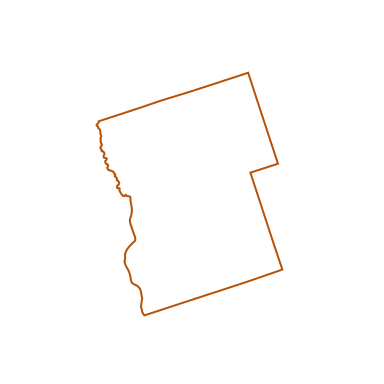 outline of Picún Leufú, Neuquén, Argentina, rotated 116°
{"feature_id": "61730980B82324044769491", "entity_name": "Picún Leufú", "entity_type": "district", "adm_level": 2, "iso_a3": "ARG", "parent_name": "Argentina", "parent_adm1": "Neuquén", "projection": "mercator", "projection_center": [-69.301, -39.408], "detail": "fine", "context": "isolated", "style": "outline", "palette": "amber", "viewbox_px": 384, "rotation_deg": 116, "n_neighbors": 0, "source": "geoboundaries", "source_scale": "gbopen_adm2", "svg_char_len": 4553}
<svg xmlns="http://www.w3.org/2000/svg" viewBox="0 0 384 384"><g transform="rotate(116 192 192)"><path d="M101.9,236.9L123.7,260.2L139.6,276.2L169.1,306.6L169.3,306.8L169.4,306.7L169.7,306.6L170.0,306.5L170.6,306.3L171.4,306.5L172.0,306.8L172.8,307.1L173.4,307.2L173.7,307.0L174.1,306.8L174.2,306.5L174.1,306.1L174.1,305.6L174.3,305.2L174.5,304.9L174.8,304.8L175.1,304.6L175.5,304.4L175.7,303.8L175.8,303.7L175.9,303.4L176.0,303.0L176.1,302.5L176.4,302.1L176.8,301.7L177.3,301.4L177.9,300.8L178.4,300.4L178.5,300.4L178.9,300.2L179.3,300.1L179.7,300.0L180.0,299.8L180.2,299.5L180.6,299.1L180.8,298.7L181.1,298.4L181.2,298.2L181.5,298.0L181.9,298.0L182.5,297.9L182.8,297.9L183.1,297.9L183.3,297.9L183.7,297.8L184.0,297.7L184.4,297.5L184.8,297.1L185.0,296.9L185.2,296.7L185.3,296.7L185.5,296.7L185.8,296.7L186.1,296.7L186.5,296.4L186.7,296.2L187.0,296.0L187.0,295.8L187.2,295.7L187.4,295.6L187.5,295.5L187.9,295.2L188.1,295.1L188.3,294.8L188.3,294.7L188.4,294.3L188.6,294.1L188.8,293.8L189.4,293.9L189.9,293.8L190.2,293.6L190.4,293.5L191.1,293.7L191.6,293.9L191.8,293.9L192.2,293.9L192.4,293.7L192.7,293.4L193.0,293.1L193.2,292.6L193.4,292.1L193.6,291.8L193.6,291.7L193.9,291.5L194.0,291.5L194.1,291.4L194.5,291.4L194.9,290.9L194.8,290.5L194.8,290.1L194.7,289.8L194.6,289.5L194.7,289.0L195.0,288.5L195.2,288.2L195.7,287.7L195.9,287.6L196.1,287.5L196.3,287.4L196.8,287.2L197.6,287.2L198.0,287.2L198.3,287.3L198.8,287.1L199.2,286.9L199.6,286.5L199.7,286.2L199.7,285.6L199.5,285.2L199.3,284.7L199.2,284.3L199.1,283.9L199.2,283.5L199.4,283.3L199.7,283.1L200.1,283.0L200.8,283.1L201.2,283.2L201.6,283.3L202.2,283.5L202.4,283.4L202.5,283.4L203.1,283.1L203.4,282.8L203.7,282.5L203.8,282.4L203.8,282.1L204.0,281.8L204.3,281.3L204.3,281.0L204.4,280.5L204.2,280.4L204.2,280.2L204.2,279.8L204.4,279.5L204.6,279.3L204.7,279.2L205.1,279.0L206.2,278.8L206.9,278.9L207.1,278.9L208.0,278.1L208.3,277.7L208.5,277.5L208.8,277.1L208.8,276.8L208.7,276.2L208.5,275.6L208.6,274.9L208.5,274.1L208.3,273.8L208.2,273.1L208.3,272.4L208.4,271.8L208.5,271.3L208.5,271.0L208.7,270.8L208.9,270.5L209.3,270.2L209.7,269.8L209.8,269.5L209.7,269.1L209.7,268.8L209.9,268.5L210.4,268.4L210.8,268.4L211.2,268.4L211.5,268.4L211.8,268.2L211.9,267.9L212.0,267.5L212.0,267.1L212.0,266.9L212.1,266.5L212.3,266.1L212.5,265.8L212.7,265.4L212.9,265.4L213.0,265.4L213.4,265.2L213.7,265.1L214.2,264.9L214.4,264.6L214.3,264.3L214.3,263.8L214.5,263.1L214.7,262.7L215.0,262.4L215.1,262.2L215.3,262.0L215.7,261.7L216.0,261.3L216.3,261.1L216.8,261.1L217.1,261.2L217.3,261.3L217.5,261.4L217.8,261.3L218.0,261.2L218.4,261.4L218.6,261.7L219.0,262.0L219.3,262.0L219.6,261.9L219.9,261.7L220.4,261.5L221.0,261.2L221.3,260.7L221.1,260.2L220.7,259.6L220.4,259.0L220.4,258.9L220.7,258.6L220.9,258.3L221.6,258.1L222.0,258.0L222.5,257.7L222.9,257.4L223.6,256.4L223.9,255.9L224.0,255.8L224.4,255.0L224.9,254.4L225.1,254.2L225.2,253.6L225.4,253.1L225.5,252.7L225.8,252.1L225.5,251.3L225.2,250.9L224.7,250.7L224.3,250.6L223.9,250.6L223.7,249.8L224.1,249.1L224.2,248.5L223.9,247.8L223.5,247.0L223.4,246.4L223.4,245.6L223.7,245.3L224.0,245.0L225.4,244.1L227.0,243.4L228.4,242.2L229.8,241.2L231.1,240.3L231.8,239.8L233.1,239.0L234.0,238.4L235.1,237.9L236.5,237.3L238.9,236.6L240.1,236.3L241.3,236.1L242.8,235.9L243.6,235.8L243.8,235.7L244.5,235.6L245.8,234.8L246.2,234.5L247.0,233.9L247.5,233.5L248.0,233.0L248.4,232.6L248.5,232.5L248.8,232.2L249.5,231.6L249.9,231.2L250.1,231.0L250.2,230.8L250.7,230.4L251.2,229.8L251.9,229.2L253.5,227.6L254.2,226.8L254.6,226.4L255.2,225.9L255.8,225.1L256.4,224.6L257.2,223.6L257.9,223.2L259.9,221.9L260.8,221.9L261.1,221.9L263.2,222.7L266.7,223.9L268.0,224.3L268.8,224.6L269.8,224.8L270.9,225.0L271.5,225.1L272.0,225.2L272.9,225.2L273.3,225.2L274.1,225.2L274.9,225.2L275.6,225.1L276.1,225.1L277.3,224.8L278.0,224.6L278.4,224.4L279.1,224.0L280.2,223.4L281.8,222.8L283.1,222.4L284.5,222.0L286.7,219.8L287.1,219.4L287.8,218.6L288.2,217.9L289.7,215.6L291.0,214.1L291.8,213.1L293.1,211.9L294.7,210.5L296.9,209.0L298.7,207.6L299.6,206.7L300.0,206.1L300.4,202.9L300.4,202.3L300.3,201.2L300.2,200.2L300.9,198.4L301.0,198.3L301.0,198.1L301.7,196.4L303.6,194.5L304.2,194.1L304.3,194.0L305.8,192.9L306.6,192.3L307.4,191.8L307.6,191.7L309.2,190.2L312.5,189.3L312.6,189.2L315.9,188.1L317.7,187.5L318.6,186.4L319.1,186.0L320.9,184.7L321.5,184.3L321.9,183.8L322.2,183.4L322.9,182.4L323.8,180.7L323.7,180.6L306.1,162.5L275.5,131.0L271.1,126.4L249.1,103.7L222.1,76.8L221.8,77.1L202.3,96.3L149.0,148.0L128.9,127.1L88.5,166.4L60.2,193.8L101.9,236.9Z" fill="none" stroke="#b45309" stroke-width="2"/></g></svg>